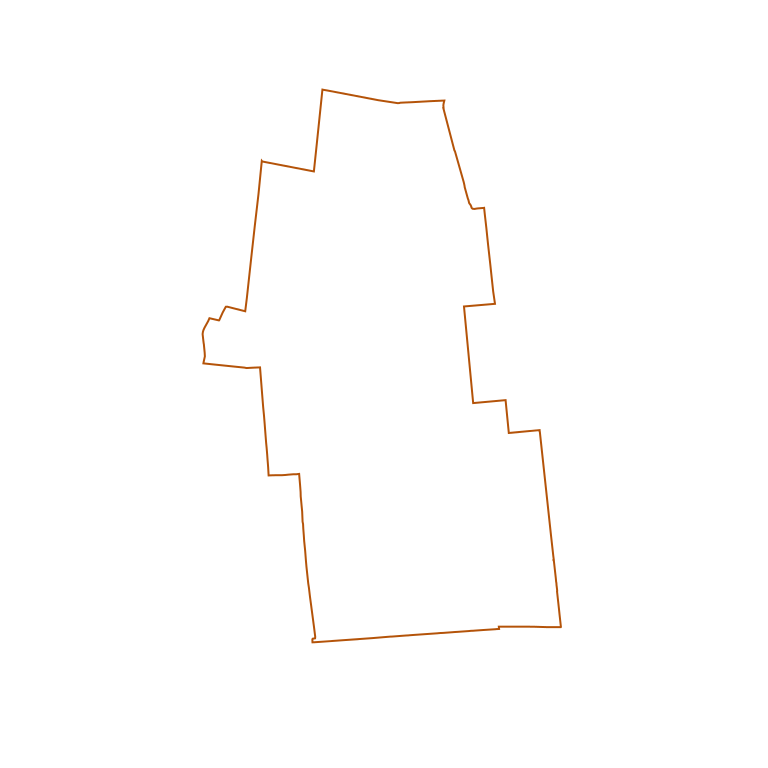 Obarsia, Olt, Romania (Equal Earth projection), rotated 246°
{"feature_id": "2599482B32252281662846", "entity_name": "Obarsia", "entity_type": "district", "adm_level": 2, "iso_a3": "ROU", "parent_name": "Romania", "parent_adm1": "Olt", "projection": "equal_earth", "projection_center": [24.286, 43.896], "detail": "fine", "context": "isolated", "style": "outline", "palette": "amber", "viewbox_px": 768, "rotation_deg": 246, "n_neighbors": 0, "source": "geoboundaries", "source_scale": "gbopen_adm2", "svg_char_len": 2647}
<svg xmlns="http://www.w3.org/2000/svg" viewBox="0 0 768 768"><g transform="rotate(246 384 384)"><path d="M618.4,554.4L623.4,541.7L630.2,523.8L632.7,517.5L634.4,513.1L634.4,512.4L634.9,510.9L645.6,494.2L675.4,451.3L677.4,448.3L678.0,447.5L629.9,419.8L606.7,406.4L634.4,366.7L636.3,364.0L636.8,363.3L637.5,363.1L632.6,360.3L608.4,346.5L580.7,330.1L554.4,314.7L518.2,293.6L506.9,286.8L518.4,272.2L518.9,270.9L515.0,265.8L509.2,259.3L509.2,259.1L515.1,251.3L513.0,249.0L508.4,242.9L506.7,241.0L505.3,239.8L503.4,238.6L499.3,237.3L499.0,237.2L498.0,236.9L496.5,236.4L495.7,236.2L495.2,236.0L493.2,235.5L493.0,235.4L485.5,232.9L482.1,231.6L477.2,228.0L476.3,227.4L471.1,236.4L461.9,252.4L455.6,263.4L454.9,264.3L454.5,264.9L452.1,271.2L449.6,277.5L418.8,266.6L413.7,264.8L411.7,264.1L408.7,263.1L403.6,261.4L396.2,258.8L392.3,257.4L384.7,254.7L378.2,252.4L373.4,250.8L367.1,248.6L362.7,247.0L359.0,245.7L354.8,244.2L347.7,241.5L347.4,241.4L346.1,244.7L344.5,248.5L342.3,253.4L340.9,257.2L340.2,259.4L338.9,263.1L338.5,264.2L337.2,267.2L336.4,269.9L326.3,266.4L319.3,263.9L315.2,262.2L310.7,260.7L306.0,259.1L300.6,257.3L291.3,253.6L289.0,253.1L284.6,251.4L278.7,249.3L273.0,247.2L263.6,244.1L254.6,240.9L248.8,238.9L242.0,236.7L232.7,233.7L228.3,232.5L219.6,229.8L212.1,227.6L190.1,221.1L181.2,218.4L180.2,217.9L179.7,217.6L180.1,216.0L180.3,215.6L180.3,215.3L180.0,214.8L178.2,214.0L177.1,213.6L176.4,215.3L176.1,216.2L175.5,217.8L156.6,270.0L150.7,286.9L149.9,288.9L145.4,301.5L144.4,304.1L144.3,304.5L142.7,309.0L134.6,331.2L133.6,334.2L132.7,336.4L129.5,345.3L128.8,347.3L128.4,348.4L127.5,350.8L126.6,353.3L123.8,361.0L123.2,362.9L122.2,365.4L121.8,366.6L118.6,375.4L115.6,383.5L114.6,386.2L114.6,386.3L114.3,387.2L113.4,389.5L114.7,389.9L115.6,390.2L110.3,402.1L105.0,414.1L100.9,423.0L95.6,434.0L90.0,446.6L90.1,446.8L102.0,450.6L106.9,452.2L124.1,457.7L124.1,457.8L124.9,458.2L128.4,459.3L130.1,459.8L131.4,460.3L132.7,460.7L133.3,460.8L136.5,461.9L153.5,467.3L153.8,467.1L154.3,467.2L154.3,467.6L158.0,468.7L168.7,472.1L177.8,475.0L276.9,506.9L277.3,506.8L277.7,506.9L277.7,507.1L278.6,507.4L288.5,478.1L319.8,488.5L330.3,457.7L422.3,488.6L412.1,518.0L424.2,521.4L441.9,527.1L449.6,529.6L469.1,535.8L477.4,538.5L484.7,540.9L497.4,544.9L504.2,547.1L504.3,546.7L505.9,542.1L506.0,541.9L506.6,540.0L507.1,537.9L507.5,537.2L508.1,536.2L508.9,535.8L509.5,535.7L510.7,535.9L512.3,535.9L513.3,535.7L514.0,535.5L514.8,535.4L516.3,535.7L518.0,536.0L519.1,536.0L531.1,537.8L532.0,538.1L534.7,538.7L536.4,539.0L567.9,543.5L568.6,543.3L611.8,550.4L611.7,550.6L614.5,551.6L615.9,552.5L618.4,554.4Z" fill="none" stroke="#b45309" stroke-width="2"/></g></svg>